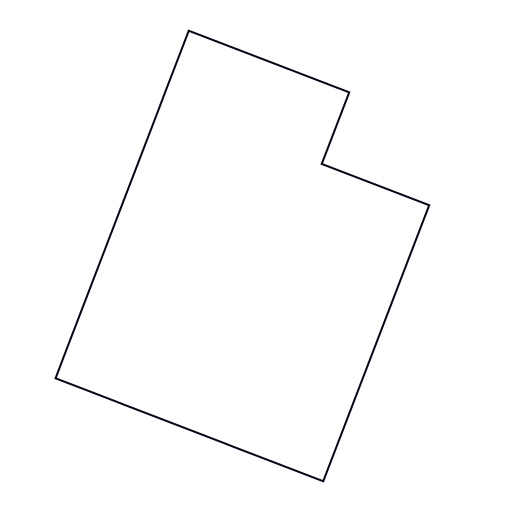 map outline of Utah (Mercator projection), rotated 21°
{"feature_id": "USA-3526", "entity_name": "Utah", "entity_type": "State", "adm_level": 1, "iso_a3": "USA", "parent_name": "United States of America", "parent_adm1": "", "projection": "mercator", "projection_center": [-111.421, 39.5], "detail": "fine", "context": "isolated", "style": "outline", "palette": "ink", "viewbox_px": 512, "rotation_deg": 21, "n_neighbors": 0, "source": "natural_earth", "source_scale": "10m", "svg_char_len": 1879}
<svg xmlns="http://www.w3.org/2000/svg" viewBox="0 0 512 512"><g transform="rotate(21 256 256)"><path d="M284.4,69.8L284.4,74.6L284.4,79.4L284.4,84.3L284.4,89.1L284.4,93.9L284.4,98.7L284.4,103.5L284.4,108.3L284.4,113.1L284.4,117.8L284.4,122.6L284.4,127.4L284.4,132.2L284.4,136.9L284.4,141.7L284.4,146.5L291.6,146.5L298.8,146.5L306.0,146.5L313.2,146.5L320.4,146.5L327.6,146.5L334.7,146.5L341.9,146.5L349.1,146.5L356.3,146.5L363.5,146.5L370.7,146.5L377.9,146.5L385.1,146.5L392.3,146.5L399.5,146.5L399.5,156.0L399.5,165.5L399.5,174.9L399.5,184.4L399.5,193.8L399.5,203.2L399.5,212.6L399.5,222.0L399.5,231.4L399.5,240.7L399.5,250.0L399.5,259.4L399.5,268.7L399.5,277.9L399.5,287.2L399.5,296.4L399.5,305.7L399.5,314.9L399.5,324.1L399.5,333.3L399.5,342.4L399.5,351.6L399.5,360.7L399.5,369.8L399.5,378.9L399.5,388.0L399.5,397.1L399.5,406.2L399.5,415.2L399.5,424.2L399.5,433.2L399.5,442.2L390.5,442.2L381.5,442.2L372.6,442.2L363.6,442.2L354.6,442.2L345.7,442.2L336.7,442.2L327.8,442.2L318.8,442.2L309.8,442.2L300.9,442.2L291.9,442.1L282.9,442.1L274.0,442.1L265.0,442.1L256.1,442.1L247.1,442.1L238.1,442.1L229.2,442.1L220.2,442.1L211.2,442.1L202.3,442.1L193.3,442.1L184.4,442.1L175.4,442.0L166.4,442.0L157.5,442.0L148.5,442.0L139.5,442.0L130.6,442.0L121.6,442.0L112.7,442.0L112.7,430.8L112.6,419.5L112.6,408.2L112.6,396.9L112.6,385.5L112.6,374.2L112.6,362.8L112.6,351.4L112.6,340.0L112.6,328.5L112.6,317.0L112.6,305.5L112.6,294.0L112.6,282.4L112.6,270.8L112.6,259.2L112.6,247.6L112.6,235.9L112.6,224.2L112.6,212.5L112.6,200.8L112.6,189.0L112.6,177.2L112.6,165.4L112.6,153.5L112.5,141.7L112.5,129.7L112.5,117.8L112.5,105.8L112.5,93.8L112.5,81.8L112.5,69.8L123.3,69.8L134.0,69.8L144.7,69.8L155.5,69.8L166.2,69.8L177.0,69.8L187.7,69.8L198.5,69.8L209.2,69.8L219.9,69.8L230.7,69.8L241.4,69.8L252.2,69.8L262.9,69.8L273.6,69.8L284.4,69.8Z" fill="none" stroke="#020617" stroke-width="2"/></g></svg>